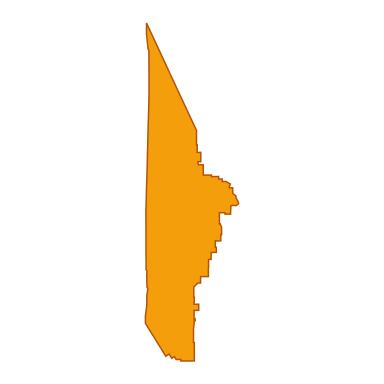 Westonia, Western Australia, Australia
{"feature_id": "25037944B31947016083721", "entity_name": "Westonia", "entity_type": "district", "adm_level": 2, "iso_a3": "AUS", "parent_name": "Australia", "parent_adm1": "Western Australia", "projection": "natural_earth1", "projection_center": [118.672, -30.879], "detail": "fine", "context": "isolated", "style": "filled", "palette": "amber", "viewbox_px": 384, "rotation_deg": 0, "n_neighbors": 0, "source": "geoboundaries", "source_scale": "gbopen_adm2", "svg_char_len": 2700}
<svg xmlns="http://www.w3.org/2000/svg" viewBox="0 0 384 384"><path d="M194.3,360.9L194.3,342.7L193.5,342.6L193.5,328.9L193.7,327.5L194.1,323.8L194.1,320.8L195.2,320.8L195.2,320.7L195.1,320.2L195.1,319.7L194.9,319.8L194.7,319.8L194.6,319.7L194.3,319.7L194.4,319.4L194.5,319.2L194.1,319.4L194.1,310.5L194.1,310.4L198.7,310.4L198.7,307.9L198.7,304.2L194.0,304.3L194.0,302.0L194.0,301.9L194.3,301.9L194.3,297.2L193.8,297.2L193.8,292.5L193.8,291.2L193.8,289.1L193.8,287.0L194.5,286.3L195.2,285.6L197.3,283.7L198.0,283.0L200.6,283.0L200.6,281.2L200.6,276.6L202.1,276.6L208.4,276.6L208.4,269.8L208.4,267.5L208.6,267.2L208.6,259.4L211.1,259.4L211.2,252.4L216.3,252.4L216.3,247.3L215.3,247.3L215.3,240.9L218.5,240.9L220.8,240.9L220.8,236.9L220.8,234.6L221.6,234.6L221.6,230.1L221.6,227.3L220.2,223.8L219.4,224.0L219.4,212.7L225.0,212.7L225.0,214.1L229.6,214.1L230.6,214.1L230.6,212.5L230.9,205.8L233.0,205.4L236.2,205.6L238.6,203.7L237.9,201.0L237.7,200.8L236.0,197.9L235.9,196.0L232.9,193.5L232.7,189.7L232.7,187.8L229.3,187.8L229.3,186.3L230.4,184.0L225.9,181.5L222.2,181.5L222.2,179.0L218.6,179.0L218.6,176.5L212.5,176.6L211.5,176.6L211.5,175.1L203.3,175.1L203.3,170.9L203.3,168.3L203.3,164.8L198.4,164.8L197.9,161.7L198.0,161.7L200.8,161.7L200.8,155.4L200.8,152.4L197.2,152.4L197.2,144.9L196.5,144.9L196.5,143.1L196.5,130.4L184.2,104.1L177.0,88.7L146.5,23.0L146.5,26.1L146.5,33.9L147.4,42.9L147.5,43.6L148.0,48.3L148.9,51.0L149.0,73.6L149.0,84.4L149.0,95.3L148.9,97.1L148.9,100.4L148.8,103.6L148.6,110.8L148.4,119.4L148.3,120.9L148.0,132.7L147.7,145.6L147.5,150.7L147.4,154.3L147.4,157.0L147.2,165.3L147.0,172.6L146.8,178.8L146.7,181.8L146.6,184.8L146.4,192.8L146.3,196.9L146.3,198.7L146.1,203.2L146.1,205.7L146.1,206.4L146.0,207.4L145.9,210.5L145.9,211.4L145.9,214.5L145.9,217.3L146.0,228.1L145.9,228.6L146.0,228.8L146.0,253.6L146.0,256.6L146.0,257.1L146.1,257.7L146.1,258.8L146.1,265.8L146.1,267.5L146.1,268.4L146.1,269.5L146.3,270.0L146.9,271.1L146.9,272.9L146.7,274.0L146.7,275.0L146.8,278.9L146.8,279.8L146.9,282.8L147.0,287.2L147.5,287.6L147.7,289.8L147.4,291.7L146.8,295.6L146.8,296.1L146.8,297.1L146.8,301.8L146.8,302.5L146.8,303.9L146.8,305.2L146.7,305.9L146.3,308.7L146.0,311.5L145.7,313.3L145.5,315.1L145.4,315.9L145.4,317.1L145.4,317.3L145.4,319.7L145.4,322.4L145.4,323.1L145.4,323.3L146.5,325.1L146.8,325.5L147.2,326.2L147.4,326.6L147.6,326.9L149.9,330.6L152.1,334.2L152.7,335.1L153.3,336.0L154.4,337.8L155.5,339.6L157.2,342.4L160.1,347.0L162.4,350.7L163.5,352.6L164.1,353.5L165.8,356.3L169.1,354.0L171.8,358.4L172.6,357.8L174.3,356.6L175.7,358.8L176.1,359.5L180.9,359.5L180.9,361.0L182.7,361.0L189.1,361.0L190.0,361.0L194.3,360.9Z" fill="#f59e0b" stroke="#b45309" stroke-width="1.5"/></svg>